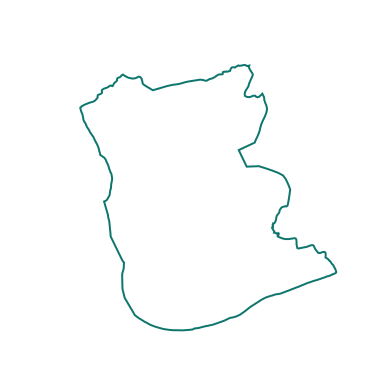 Krouch Chhmar, Kâmpóng Cham, Cambodia (Natural Earth projection), rotated 244°
{"feature_id": "14789045B551080395236", "entity_name": "Krouch Chhmar", "entity_type": "district", "adm_level": 2, "iso_a3": "KHM", "parent_name": "Cambodia", "parent_adm1": "Kâmpóng Cham", "projection": "natural_earth1", "projection_center": [105.671, 12.195], "detail": "fine", "context": "isolated", "style": "outline", "palette": "teal", "viewbox_px": 384, "rotation_deg": 244, "n_neighbors": 0, "source": "geoboundaries", "source_scale": "gbopen_adm2", "svg_char_len": 5611}
<svg xmlns="http://www.w3.org/2000/svg" viewBox="0 0 384 384"><g transform="rotate(244 192 192)"><path d="M56.8,286.6L59.7,287.0L60.2,287.0L60.8,287.0L61.6,286.9L62.7,286.9L64.1,286.9L64.9,286.7L66.0,286.3L66.9,286.1L67.7,286.0L69.0,285.9L70.4,285.2L71.5,285.1L72.5,284.6L73.7,283.9L74.5,283.3L75.7,283.9L76.5,284.4L77.9,285.1L79.4,285.3L80.2,284.6L80.9,282.3L80.9,280.6L81.4,279.5L82.1,278.7L83.4,278.4L85.2,278.1L87.1,277.7L88.6,277.8L89.9,277.9L91.3,277.3L91.9,275.9L92.4,271.2L93.1,268.4L93.9,265.5L94.5,263.0L95.5,262.1L98.1,262.7L99.6,263.2L101.0,264.0L103.5,264.9L104.8,264.8L105.6,263.8L106.4,261.1L107.3,258.3L108.8,255.2L110.7,252.8L112.7,251.0L113.7,250.1L114.4,249.6L114.8,250.1L115.8,251.2L116.7,251.8L117.3,251.5L116.9,250.8L116.1,250.1L116.8,250.1L117.8,250.0L118.1,249.3L118.8,249.0L119.2,248.5L119.5,247.9L120.1,248.4L120.5,248.7L121.0,248.6L122.1,248.3L122.8,248.4L123.7,248.6L124.1,248.3L124.4,248.9L125.1,248.7L125.1,249.3L125.5,249.7L126.1,249.9L127.0,250.0L127.1,250.5L128.2,251.1L127.8,251.8L127.9,252.4L128.9,254.0L130.1,255.2L131.9,256.5L133.0,257.3L133.9,258.5L134.7,260.3L135.6,261.7L137.2,262.8L137.8,263.8L138.6,265.2L138.9,266.6L138.7,267.9L138.2,269.3L138.2,270.1L137.6,270.7L137.8,271.6L138.4,272.4L144.0,276.5L149.0,279.9L151.1,281.3L154.2,281.7L158.6,281.9L162.5,281.9L166.9,281.1L171.4,277.9L176.1,273.5L180.6,269.0L185.9,263.4L190.8,252.3L200.7,252.3L209.2,252.4L208.9,270.0L210.9,272.2L213.5,275.5L217.0,279.3L218.5,280.5L222.2,283.6L225.3,287.2L227.6,290.2L230.3,293.2L233.4,295.7L236.7,296.7L241.2,297.0L243.6,297.5L244.1,297.8L245.6,298.3L248.1,298.3L249.5,298.3L249.1,297.4L248.7,295.7L248.2,294.2L248.4,292.5L249.4,291.4L250.7,291.1L251.7,289.2L251.8,286.8L252.2,284.9L253.4,283.1L255.0,281.8L256.4,282.0L258.6,283.5L260.0,285.4L261.0,287.0L261.9,288.5L262.7,289.5L263.8,290.2L266.9,293.7L268.8,296.0L270.2,297.7L271.4,298.3L272.5,298.2L274.8,297.9L276.9,297.7L279.2,297.8L280.5,298.9L280.8,297.5L281.1,296.6L282.1,296.1L283.2,294.8L283.6,293.5L284.1,291.4L284.5,290.1L285.5,289.1L285.2,288.3L285.4,286.9L285.2,285.9L285.1,284.9L286.0,284.0L286.5,282.4L286.1,281.4L285.1,280.1L284.2,279.4L284.4,278.1L284.6,276.5L285.4,275.6L285.4,274.5L286.1,273.7L286.1,272.1L284.6,271.4L284.6,270.3L285.2,269.3L285.9,267.4L285.8,265.5L285.4,263.6L285.2,261.3L285.3,259.3L285.8,257.6L285.7,255.6L285.6,254.3L285.8,253.3L287.3,251.6L288.6,249.9L289.4,248.6L290.5,245.0L293.0,236.8L293.7,233.8L294.3,230.2L295.0,227.0L295.9,224.2L296.9,221.3L298.2,215.7L300.6,201.5L302.1,200.4L304.2,199.1L305.8,198.0L309.1,196.0L311.0,195.2L313.1,195.8L316.1,196.4L318.1,195.8L319.1,194.5L319.0,191.7L319.3,190.2L320.1,188.1L321.5,186.3L322.8,184.7L324.4,183.6L326.3,182.2L327.8,181.4L327.7,180.8L327.7,179.8L327.3,179.0L327.0,178.3L326.8,177.3L327.0,176.1L327.0,175.2L326.7,174.5L325.8,173.8L325.2,173.6L324.7,172.6L324.3,171.1L323.8,169.6L323.0,168.5L322.3,167.6L322.0,167.0L322.3,166.6L323.2,165.9L323.5,164.6L323.1,162.6L323.1,160.9L323.3,159.5L323.5,158.0L323.1,155.7L322.5,155.2L321.0,154.9L320.6,154.5L320.2,153.4L320.2,152.1L320.5,150.2L320.1,149.6L319.5,149.1L318.6,148.8L317.9,148.0L317.6,147.2L317.2,146.3L317.0,145.7L316.7,145.0L316.5,143.5L316.6,142.2L316.8,140.9L317.1,139.8L317.3,138.2L317.3,136.9L317.5,135.0L317.5,134.2L317.5,133.1L317.4,131.2L317.4,130.2L316.9,129.5L316.8,128.6L315.6,128.2L314.6,128.0L312.6,127.7L311.2,127.6L309.5,127.5L308.0,127.1L305.9,126.6L304.6,126.1L303.4,126.0L302.0,126.1L300.1,126.3L298.2,126.2L296.2,126.1L294.6,126.4L292.4,126.6L290.4,126.6L287.8,127.0L287.2,127.1L286.3,127.2L284.6,127.5L284.1,127.5L283.5,127.4L282.2,127.4L280.4,127.4L278.2,127.5L275.9,127.6L273.5,127.4L271.3,127.1L269.5,126.6L268.0,126.4L266.2,126.0L265.5,125.8L261.3,128.2L258.8,128.6L255.9,128.4L252.8,128.4L249.2,127.8L245.1,127.4L243.6,127.5L241.9,127.0L239.2,126.2L237.4,125.1L234.6,122.9L230.6,120.6L229.8,119.6L225.1,116.4L222.3,112.2L221.9,110.6L222.0,108.8L208.2,106.4L206.6,105.8L206.1,105.6L202.3,104.9L190.9,100.7L187.6,99.4L160.9,99.4L160.3,99.5L159.6,99.6L159.0,99.8L158.3,99.9L153.2,97.1L149.3,93.6L147.1,92.4L135.3,87.0L126.3,85.1L106.2,86.7L103.7,88.0L101.9,88.9L99.8,90.3L97.5,91.7L96.4,92.4L95.6,92.9L94.9,93.5L94.1,94.2L92.4,95.2L90.6,96.6L88.0,99.0L86.4,100.6L84.0,103.3L81.5,106.1L79.6,108.8L77.6,111.8L75.6,115.3L74.5,117.6L73.1,120.3L71.6,123.3L70.4,126.3L69.2,129.3L68.5,131.4L68.1,132.6L68.3,134.3L67.5,136.5L67.2,137.5L66.8,138.7L66.7,139.5L66.5,140.3L66.3,141.1L66.2,141.9L65.9,143.2L65.6,144.4L65.4,145.7L65.1,146.6L64.7,147.8L64.5,149.1L64.2,150.1L64.0,150.9L63.8,151.8L63.5,153.3L63.4,154.6L63.1,156.3L62.9,158.2L62.8,159.6L62.6,161.3L62.4,162.5L62.3,163.8L62.2,164.7L62.2,166.0L62.2,167.2L62.2,169.2L62.2,170.5L62.1,171.5L61.7,172.5L61.5,173.2L61.2,174.4L61.1,175.4L60.8,176.8L60.7,178.7L60.7,180.0L60.7,181.7L60.9,182.6L61.2,184.7L61.4,185.9L61.8,188.1L62.1,189.4L62.4,190.7L62.6,191.7L63.1,194.0L63.3,195.4L63.5,197.4L63.7,199.0L63.9,200.6L64.1,202.5L64.4,204.8L64.6,206.3L64.7,207.7L64.8,208.8L64.8,210.2L64.8,211.3L64.8,212.4L64.6,213.6L64.4,215.2L64.2,216.9L63.9,218.2L63.7,219.4L63.5,221.3L63.2,222.7L62.7,224.1L62.4,225.1L62.0,226.4L61.9,227.2L61.8,228.0L61.7,229.0L61.6,230.3L61.5,231.2L61.4,232.3L61.3,234.0L61.1,235.4L61.0,236.5L60.9,238.3L60.8,239.4L60.6,241.0L60.6,242.5L60.4,244.0L60.2,245.5L60.1,247.4L60.0,248.6L60.0,249.7L59.8,251.9L59.7,254.1L59.5,255.9L59.5,256.7L59.1,259.1L58.9,261.1L58.7,262.6L58.3,264.6L58.0,266.8L57.6,269.5L57.5,271.2L57.3,272.5L57.2,273.3L57.0,274.5L57.0,276.6L56.6,277.6L56.5,278.3L56.3,280.9L56.5,282.3L56.2,283.2L56.2,284.7L56.2,285.7L56.8,286.6Z" fill="none" stroke="#0f766e" stroke-width="2"/></g></svg>